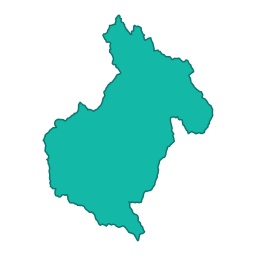 outline of Rodriguez de Mendoza, Amazonas, Peru
{"feature_id": "86281439B72683184025265", "entity_name": "Rodriguez de Mendoza", "entity_type": "district", "adm_level": 2, "iso_a3": "PER", "parent_name": "Peru", "parent_adm1": "Amazonas", "projection": "robinson", "projection_center": [-77.448, -6.363], "detail": "fine", "context": "isolated", "style": "filled", "palette": "teal", "viewbox_px": 256, "rotation_deg": 0, "n_neighbors": 0, "source": "geoboundaries", "source_scale": "gbopen_adm2", "svg_char_len": 5795}
<svg xmlns="http://www.w3.org/2000/svg" viewBox="0 0 256 256"><path d="M77.6,205.3L79.2,205.3L80.3,205.6L81.1,205.2L81.6,205.2L82.1,205.7L82.8,205.8L84.1,206.4L85.2,208.5L86.4,209.7L87.8,210.7L89.3,212.1L90.4,212.4L91.7,212.0L92.3,212.8L93.5,213.2L94.1,214.3L94.8,215.0L95.5,218.3L96.2,219.7L97.2,220.5L98.2,222.1L98.6,223.6L100.2,225.2L101.6,224.4L102.7,224.3L104.4,224.9L106.4,226.0L107.2,225.1L107.5,224.2L109.3,223.8L111.1,224.9L113.1,224.3L114.6,224.5L115.1,224.8L115.8,225.6L117.1,226.6L118.9,227.3L120.2,227.0L122.4,226.0L123.1,226.0L124.1,226.3L126.0,228.2L129.0,232.4L130.4,232.9L132.0,233.2L134.1,234.4L137.6,240.6L138.0,240.5L138.5,239.9L139.5,235.0L140.6,233.8L142.4,233.5L143.4,233.0L144.4,232.1L144.5,231.6L143.5,230.1L142.4,226.7L141.3,225.9L140.9,225.3L140.2,222.8L138.2,220.9L138.1,220.3L138.3,218.2L138.0,216.8L137.5,215.7L136.5,214.9L133.8,213.7L133.1,213.1L131.7,209.5L129.8,207.0L129.7,203.0L129.2,202.1L131.1,202.5L132.5,202.1L135.2,202.7L136.5,202.3L137.2,202.3L139.3,202.7L141.2,202.2L141.6,201.1L141.6,200.5L141.9,199.3L142.9,197.5L143.7,193.7L143.9,193.1L144.9,191.8L145.4,191.3L145.8,191.1L146.3,191.3L147.6,191.1L148.9,190.6L150.2,190.5L150.7,190.3L151.9,189.1L153.0,187.0L154.6,185.0L155.1,182.2L156.2,179.2L157.3,177.3L157.1,175.2L158.0,173.4L158.5,169.6L158.0,168.2L157.9,167.3L158.2,165.8L158.9,164.1L159.7,160.5L160.4,160.0L162.6,157.9L163.2,157.6L164.0,157.5L164.8,156.8L165.2,156.0L165.6,155.3L165.9,153.7L166.2,151.4L167.2,148.9L167.5,147.0L169.5,146.2L170.3,145.0L174.2,141.4L173.7,138.0L172.8,135.7L173.0,135.1L173.5,134.6L173.6,133.9L172.8,132.4L171.6,131.1L172.1,128.2L170.6,122.1L170.4,120.1L170.5,118.0L171.0,117.4L171.5,117.2L173.6,116.9L174.4,117.0L175.9,117.8L176.8,117.0L177.3,116.8L177.8,117.0L178.3,118.7L178.9,119.5L179.2,119.7L181.2,119.6L182.2,120.2L182.9,124.7L183.2,125.0L183.9,125.3L185.0,127.0L185.1,127.9L185.9,128.8L186.2,129.9L187.3,130.9L188.3,133.5L191.7,131.6L193.8,132.5L195.6,133.6L196.0,133.7L199.2,132.7L199.8,132.8L200.7,133.4L201.9,133.5L204.2,132.6L204.6,131.9L204.4,131.0L204.6,130.5L207.7,127.1L208.0,126.7L208.1,125.0L209.4,123.6L209.5,121.5L211.2,118.6L212.7,115.4L212.4,113.3L212.5,109.1L212.0,108.5L211.4,106.8L210.9,105.8L208.5,104.1L206.4,100.5L205.2,99.2L204.2,98.6L203.2,98.3L202.2,97.6L202.1,97.0L202.7,94.8L201.3,91.8L199.4,91.5L198.0,90.3L196.8,89.6L195.9,88.6L194.2,87.1L193.6,85.5L193.2,85.0L192.6,84.7L192.0,83.4L191.2,82.8L191.0,82.3L190.8,81.8L190.8,80.8L190.3,78.2L189.0,76.1L188.9,75.6L189.1,75.1L190.9,73.5L193.5,71.8L193.6,71.1L192.7,68.9L191.2,67.2L190.9,65.3L190.0,64.3L189.1,63.8L187.9,60.9L187.5,60.5L186.2,60.0L185.7,60.2L184.9,61.5L183.9,61.9L183.1,61.8L181.4,60.7L179.9,59.1L179.7,58.5L178.3,58.2L177.2,58.6L175.5,58.4L174.3,58.4L173.0,59.4L172.2,59.5L171.9,59.3L170.2,57.1L169.6,56.7L166.5,56.7L165.9,56.5L165.2,56.1L164.0,54.7L162.3,54.3L161.5,53.6L160.3,51.7L160.0,51.5L158.7,51.3L158.0,50.2L154.2,50.9L154.0,50.5L154.1,49.0L152.9,43.4L152.5,42.5L151.7,41.1L151.0,39.1L150.8,38.0L150.6,37.8L150.4,37.8L148.2,38.4L146.6,39.6L144.9,40.2L144.3,39.3L144.1,37.9L143.5,36.7L144.4,35.1L143.3,34.4L142.5,33.3L141.9,31.6L141.4,30.7L141.1,28.2L140.8,27.6L138.3,26.2L137.8,26.2L136.7,26.7L135.3,25.9L134.9,25.5L134.3,25.5L133.7,26.9L133.6,30.7L133.5,30.9L131.9,31.2L131.6,31.5L131.4,32.5L131.5,34.4L130.8,34.6L130.1,34.1L129.2,32.6L128.2,31.5L128.1,31.1L127.3,30.9L127.0,29.6L126.0,29.0L125.6,27.7L124.4,26.1L124.6,24.9L123.6,23.5L123.3,22.7L121.8,22.2L121.1,21.5L121.1,20.1L121.3,19.2L121.3,18.8L120.1,18.0L119.9,17.5L119.9,16.2L119.3,15.4L118.5,15.4L118.1,15.7L115.8,18.6L115.9,21.7L115.2,23.1L115.4,23.8L115.2,24.3L113.8,24.4L111.5,25.3L109.6,25.5L109.4,27.7L108.8,28.8L107.9,30.2L107.3,32.4L107.1,32.8L104.8,34.0L103.6,34.1L103.0,35.1L103.7,36.9L105.0,39.3L106.0,40.3L106.2,41.5L106.4,41.9L107.2,42.2L108.5,42.0L109.5,42.2L110.5,43.1L110.6,43.8L110.0,45.5L110.2,47.2L110.8,49.0L109.8,49.5L109.7,52.2L110.7,52.9L112.3,55.2L112.9,56.6L113.5,59.3L112.7,61.4L112.3,63.1L112.7,63.9L113.5,64.6L115.5,64.6L115.9,65.2L115.8,66.7L116.6,67.6L117.7,68.0L118.8,69.5L119.3,70.6L120.6,72.2L120.7,72.6L120.5,73.2L119.5,74.1L117.8,74.5L117.0,74.9L115.3,78.0L113.2,80.7L112.8,81.4L111.9,82.3L110.3,82.8L109.8,84.2L108.9,84.3L108.1,85.2L107.0,87.4L106.5,87.6L106.2,88.2L105.6,90.0L104.1,91.6L104.0,92.0L104.0,93.0L104.7,94.5L104.7,95.7L104.1,97.1L103.3,97.9L102.6,100.3L102.4,102.0L101.9,102.9L101.3,104.5L100.3,105.9L99.4,106.6L97.3,109.2L94.8,110.2L93.7,111.3L91.9,110.2L90.0,109.5L89.5,109.7L88.7,109.3L87.9,109.8L86.9,108.2L85.9,107.2L85.3,106.1L84.8,105.5L84.1,105.2L83.2,105.1L82.6,104.5L81.3,103.6L80.7,102.7L80.1,102.4L79.4,103.2L78.5,105.2L78.7,106.1L78.3,110.3L77.0,112.6L75.3,113.4L74.2,113.5L74.3,113.9L74.0,114.5L71.7,115.6L70.7,116.8L68.7,118.2L67.6,118.3L67.2,118.7L66.9,119.4L65.8,120.7L64.2,120.7L63.9,120.1L63.2,119.7L60.5,119.5L59.7,119.7L58.9,119.2L57.3,119.6L56.0,120.4L55.3,121.1L55.0,122.2L54.8,122.7L54.7,123.5L54.9,124.9L56.4,127.0L56.4,127.4L55.4,127.3L54.9,127.7L53.2,127.7L49.5,130.6L49.1,131.9L45.5,134.6L44.1,139.0L43.5,139.9L43.3,140.5L44.3,141.4L44.5,142.5L45.3,143.9L45.7,145.8L45.7,146.5L45.3,147.8L45.3,150.3L45.0,150.7L45.6,151.8L46.6,152.9L47.2,154.2L48.7,155.8L48.4,158.4L48.0,158.8L46.9,159.5L48.0,160.6L48.1,161.2L48.1,162.6L48.5,164.3L49.1,165.0L49.7,168.5L49.1,171.0L49.8,175.1L49.6,177.3L49.6,179.0L50.6,181.0L50.5,181.8L50.0,182.2L49.9,182.5L50.1,183.7L50.7,185.4L50.5,186.5L51.8,187.5L52.7,188.6L55.4,188.7L55.8,188.9L55.9,189.1L55.2,190.5L55.0,192.6L55.2,194.4L55.9,195.7L56.7,195.9L57.4,195.8L58.7,196.8L60.0,197.0L60.6,196.7L62.3,194.9L63.0,194.7L64.0,194.8L65.3,195.3L65.7,195.2L66.1,194.7L66.8,194.6L67.2,195.2L67.8,196.8L68.0,199.4L69.7,202.5L70.5,202.8L73.6,202.9L75.2,204.0L76.5,204.2L77.1,204.6L77.6,205.3Z" fill="#14b8a6" stroke="#0f766e" stroke-width="1.5"/></svg>